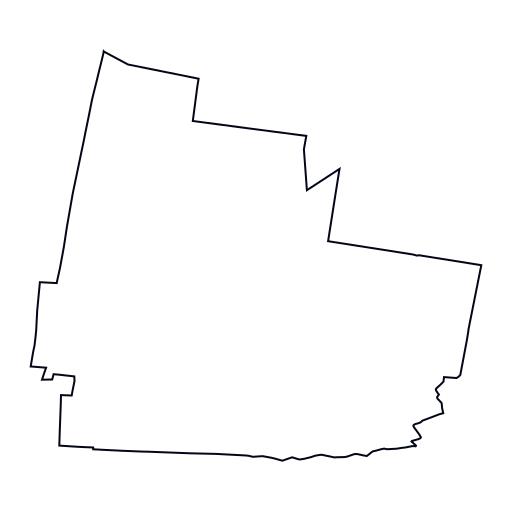 outline of Draghiceni, Olt, Romania
{"feature_id": "2599482B25655754633990", "entity_name": "Draghiceni", "entity_type": "district", "adm_level": 2, "iso_a3": "ROU", "parent_name": "Romania", "parent_adm1": "Olt", "projection": "natural_earth1", "projection_center": [24.263, 44.139], "detail": "fine", "context": "isolated", "style": "outline", "palette": "ink", "viewbox_px": 512, "rotation_deg": 0, "n_neighbors": 0, "source": "geoboundaries", "source_scale": "gbopen_adm2", "svg_char_len": 2335}
<svg xmlns="http://www.w3.org/2000/svg" viewBox="0 0 512 512"><path d="M317.4,455.3L320.1,454.9L322.3,454.8L323.8,455.2L325.2,455.5L329.2,456.3L334.2,457.4L336.0,457.3L338.7,457.2L343.5,457.1L345.0,457.0L347.4,456.5L349.1,455.9L351.2,455.2L353.7,454.3L354.7,454.1L356.6,454.0L358.0,454.2L359.8,454.6L363.3,455.4L365.7,455.8L366.6,456.0L367.0,455.9L369.0,454.3L371.7,452.1L373.0,451.3L375.4,450.8L378.0,450.1L381.2,449.2L384.2,448.6L386.2,449.1L387.5,449.2L389.7,449.1L396.7,448.7L401.6,447.9L405.3,447.5L412.3,446.1L413.8,446.1L414.7,446.2L415.6,446.3L416.0,445.8L415.9,445.5L411.5,441.5L412.0,440.9L414.3,440.3L417.1,439.5L418.5,439.1L420.4,438.2L420.9,437.2L419.3,434.5L414.0,427.3L413.4,425.9L413.6,425.1L414.9,424.2L418.4,423.2L420.7,422.3L422.5,420.6L423.9,420.1L431.7,417.2L439.2,414.3L443.2,413.2L442.8,411.3L442.1,408.1L441.7,403.5L441.5,402.9L439.8,401.0L437.5,398.6L437.1,397.7L437.2,396.9L438.3,395.4L438.9,394.5L438.1,393.6L436.2,390.7L435.8,389.3L436.1,388.7L437.8,387.0L439.5,385.6L441.3,383.8L443.5,381.6L444.0,377.1L456.4,378.0L457.1,377.7L458.8,376.5L460.3,375.0L466.9,340.0L468.3,331.4L468.5,329.2L468.8,327.8L481.3,265.2L418.7,255.2L418.1,255.5L416.6,255.5L413.0,254.5L328.1,241.2L328.3,239.9L335.3,195.3L339.5,168.9L330.0,175.1L306.9,190.2L303.9,149.3L304.9,143.7L305.0,143.2L306.3,135.9L248.8,128.4L192.8,121.0L197.3,86.7L198.6,78.7L128.0,64.5L109.5,54.6L104.0,51.6L103.7,51.3L103.3,53.8L101.4,61.7L99.1,70.9L96.5,81.7L94.6,89.2L92.0,99.8L88.8,115.9L85.4,132.5L83.7,141.1L72.8,193.2L66.9,226.9L63.9,246.7L60.0,268.0L56.8,282.4L56.7,283.1L39.9,282.2L37.2,310.6L36.9,316.6L36.5,323.9L36.2,330.1L35.4,338.2L34.5,345.6L33.1,352.1L30.7,366.5L32.5,366.6L46.1,367.7L44.2,373.0L42.0,379.7L52.2,379.5L53.6,374.2L59.1,374.7L74.3,376.4L74.4,377.9L74.5,381.0L73.3,387.0L72.1,393.0L71.9,394.5L71.7,395.5L61.0,395.1L60.7,406.0L59.8,429.8L59.3,445.6L71.7,446.4L77.9,446.8L84.0,447.1L91.5,447.4L93.2,447.5L93.2,448.4L93.2,449.3L99.2,449.6L102.6,449.8L122.9,450.8L142.8,451.6L148.1,451.7L190.3,453.3L216.0,453.9L246.3,455.5L248.7,455.8L252.0,456.6L252.9,456.8L261.9,456.2L262.9,456.2L271.6,457.8L274.9,458.6L282.4,460.7L289.5,458.2L292.2,457.3L292.5,457.4L296.6,458.7L298.3,459.2L299.8,459.5L304.7,458.7L306.2,458.3L307.8,457.9L310.8,457.2L313.1,456.4L315.2,455.7L317.4,455.3Z" fill="none" stroke="#020617" stroke-width="2"/></svg>